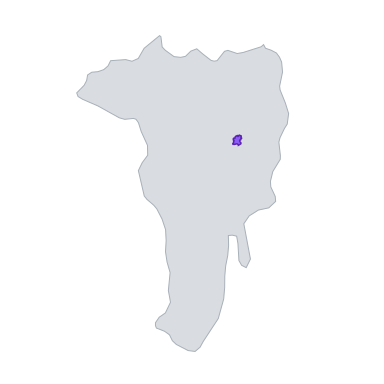 location of Sabana Iglesia, La Vega, Dominican Republic, rotated 84°
{"feature_id": "3306468B1703224271200", "entity_name": "Sabana Iglesia", "entity_type": "district", "adm_level": 2, "iso_a3": "DOM", "parent_name": "Dominican Republic", "parent_adm1": "La Vega", "projection": "albers", "projection_center": [-70.716, 19.324], "detail": "fine", "context": "in_parent", "style": "filled", "palette": "violet", "viewbox_px": 384, "rotation_deg": 84, "n_neighbors": 0, "source": "geoboundaries", "source_scale": "gbopen_adm2", "svg_char_len": 2971}
<svg xmlns="http://www.w3.org/2000/svg" viewBox="0 0 384 384"><g transform="rotate(84 192 192)"><path d="M52.9,259.2L53.4,244.1L55.7,238.0L53.6,231.5L44.1,224.6L38.2,215.7L33.1,207.9L34.3,206.7L44.7,206.5L48.4,203.6L55.5,195.7L56.9,189.2L56.4,184.3L51.8,178.5L50.1,172.3L55.7,167.0L63.1,159.3L64.2,156.3L64.0,153.3L55.5,145.0L54.9,141.5L59.0,132.6L58.6,126.6L54.8,108.1L52.9,105.4L56.7,103.9L59.3,98.4L62.6,93.5L67.1,90.9L72.1,89.3L82.1,89.4L95.9,93.8L99.8,93.7L113.1,89.9L124.1,87.7L134.4,90.2L138.6,93.5L147.2,98.8L151.5,100.4L165.0,100.3L168.7,100.8L180.1,109.5L189.6,112.9L195.2,113.1L205.1,109.7L210.1,109.8L215.8,117.3L216.9,127.9L221.7,137.6L229.0,143.8L264.8,140.9L272.9,146.0L270.1,150.3L265.1,152.5L248.1,151.7L240.6,152.2L239.1,156.5L239.1,160.4L249.1,161.2L258.9,163.1L268.9,166.2L279.1,168.2L290.5,169.5L301.8,171.7L320.6,179.1L341.6,196.3L347.2,200.2L350.9,205.6L349.3,212.4L342.0,223.5L337.8,227.1L331.7,229.3L327.6,233.9L323.6,241.6L321.1,242.3L318.2,242.0L313.1,237.7L309.5,231.1L299.4,224.9L287.5,225.8L269.9,222.2L259.2,224.1L248.6,224.6L237.7,222.8L226.7,222.2L215.8,224.6L205.2,228.7L201.3,231.3L194.6,237.6L191.0,239.9L165.1,243.1L157.7,238.5L150.8,232.2L140.9,231.4L126.5,236.2L117.5,238.0L113.8,240.1L112.7,242.5L112.7,251.3L110.6,256.6L96.5,276.7L88.5,290.9L85.2,295.3L81.4,296.3L74.6,288.1L70.1,285.1L64.7,283.6L62.4,279.2L62.5,273.0L61.1,267.0L57.8,262.3L52.9,259.2Z" fill="#d9dde1" stroke="#a8b0b8" stroke-width="1"/><path d="M150.4,141.0L150.1,140.4L150.0,140.0L149.7,139.4L149.1,138.3L148.6,138.3L147.9,138.3L147.5,138.7L147.3,138.9L146.8,139.2L146.2,139.3L145.4,139.1L145.4,138.6L145.3,138.2L144.6,137.8L144.0,137.8L143.8,137.1L143.3,137.1L142.9,137.6L142.5,137.6L141.8,137.2L141.6,137.2L141.3,137.3L141.2,137.4L141.2,137.5L141.0,137.9L141.0,138.1L140.8,138.3L140.7,138.5L140.5,138.9L140.4,139.0L140.5,139.2L140.5,139.3L140.7,139.5L140.8,139.5L141.1,139.7L141.3,139.9L141.4,140.0L141.5,140.1L141.6,140.3L141.6,140.5L141.4,140.6L140.9,140.6L140.7,140.6L140.6,140.8L140.6,141.0L140.8,141.1L141.0,141.2L141.0,141.3L141.1,141.5L141.0,141.9L141.0,142.0L140.9,142.1L141.0,142.3L141.2,142.7L141.3,142.9L141.4,143.0L141.5,143.1L141.8,143.3L142.0,143.4L142.3,143.4L142.6,143.5L142.8,143.5L143.0,143.7L143.0,143.8L142.9,144.1L142.8,144.4L142.8,144.7L142.8,144.8L142.9,145.0L143.0,145.1L143.2,145.3L143.3,145.3L143.7,145.3L143.8,145.3L144.2,145.5L144.4,145.5L144.6,145.4L144.8,145.3L144.9,145.0L145.0,145.0L145.1,144.9L145.3,144.8L145.5,144.9L145.7,145.0L145.9,145.2L146.0,145.2L146.0,145.3L146.5,145.3L147.0,145.5L147.3,145.6L147.5,145.6L147.7,145.8L147.8,146.1L148.0,146.3L148.3,146.4L148.5,146.4L148.8,146.3L148.9,146.2L148.9,145.9L148.8,145.7L149.1,145.2L149.1,144.8L149.0,144.6L149.0,144.4L149.0,143.9L149.0,143.7L148.8,143.3L148.8,143.2L148.8,142.9L148.8,142.7L148.8,142.4L148.8,142.2L149.2,141.7L149.3,141.5L149.4,141.4L149.5,141.3L149.6,141.2L150.0,141.1L150.3,141.0L150.4,141.0Z" fill="#8b5cf6" stroke="#5b21b6" stroke-width="1.5"/></g></svg>